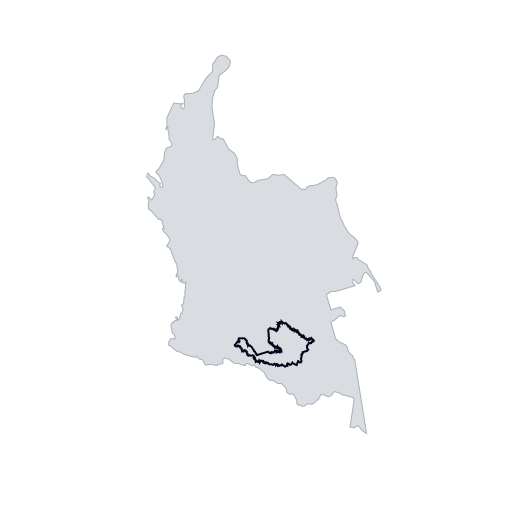 Solano, Caquetá, Colombia (highlighted), rotated 343°
{"feature_id": "7082276B1556586451217", "entity_name": "Solano", "entity_type": "district", "adm_level": 2, "iso_a3": "COL", "parent_name": "Colombia", "parent_adm1": "Caquetá", "projection": "equal_earth", "projection_center": [-73.482, 0.241], "detail": "fine", "context": "in_parent", "style": "outline", "palette": "ink", "viewbox_px": 512, "rotation_deg": 343, "n_neighbors": 0, "source": "geoboundaries", "source_scale": "gbopen_adm2", "svg_char_len": 9759}
<svg xmlns="http://www.w3.org/2000/svg" viewBox="0 0 512 512"><g transform="rotate(343 256 256)"><path d="M285.0,67.7L281.2,69.8L273.6,72.4L268.5,83.7L264.9,85.7L260.6,92.4L257.4,100.7L254.9,117.6L248.5,132.0L249.0,132.6L251.6,132.0L254.0,130.4L254.9,130.9L255.8,133.4L258.7,134.0L261.1,145.7L265.5,151.6L266.0,153.9L266.6,158.7L265.0,161.7L264.6,172.4L266.0,175.0L269.3,176.1L271.5,182.7L272.9,184.3L275.0,185.3L279.9,184.3L288.7,185.4L290.8,185.2L295.8,182.9L302.1,185.7L306.7,186.2L319.4,206.3L320.7,205.7L322.3,206.9L325.5,204.8L328.2,204.5L331.8,205.5L336.6,205.5L346.2,203.4L347.6,202.3L352.9,203.4L354.4,204.9L355.2,208.7L354.6,211.0L352.8,213.3L351.8,216.3L351.6,220.0L350.7,222.7L349.0,224.4L348.3,227.0L348.7,230.3L347.8,245.5L348.6,246.8L349.2,253.0L351.4,261.1L352.4,263.4L354.3,265.3L357.7,272.0L357.0,274.3L348.3,284.7L347.9,287.1L349.5,286.2L352.2,287.1L353.1,289.7L359.6,297.0L359.5,299.7L361.3,305.2L361.0,306.4L365.5,322.0L365.6,325.3L361.9,326.2L361.8,315.8L361.2,313.6L357.0,304.4L356.2,303.6L353.4,304.7L348.7,311.5L346.5,312.6L344.8,311.6L343.0,307.5L341.8,306.8L340.7,310.2L342.2,313.3L321.5,313.2L317.5,312.0L312.0,313.5L311.9,329.3L321.7,329.5L324.4,334.1L324.1,337.7L324.5,339.1L322.2,339.8L318.8,337.3L312.7,340.3L308.3,341.0L308.0,358.5L310.7,362.8L315.9,367.5L316.6,370.6L316.3,373.6L317.5,377.4L319.2,379.4L319.2,381.6L320.1,384.1L309.8,458.1L306.2,453.5L304.9,449.5L303.1,447.8L299.6,449.1L295.9,447.0L307.9,422.0L307.5,419.7L297.5,413.6L296.5,412.0L291.8,408.7L289.2,409.7L287.7,411.3L284.0,411.8L281.1,409.2L277.6,407.4L273.4,411.7L272.2,411.6L269.2,413.4L266.0,414.1L261.9,412.3L258.5,413.6L256.2,413.3L255.3,412.0L252.3,410.5L252.0,408.8L252.8,405.7L251.6,399.6L251.1,398.6L248.8,398.5L246.1,396.3L245.6,394.9L246.2,392.4L245.7,390.3L243.1,385.4L239.5,384.2L236.1,380.1L232.6,378.7L231.0,375.8L229.5,369.2L225.9,364.1L223.4,362.3L222.6,359.9L220.0,359.7L216.5,356.3L214.9,356.1L213.9,357.7L210.6,356.0L207.9,353.5L205.0,352.9L203.1,351.4L199.7,346.7L196.1,344.4L193.9,345.2L193.2,348.7L192.0,349.3L187.8,348.5L187.1,349.2L186.0,349.0L180.8,346.4L175.7,345.5L174.5,339.6L171.2,337.5L170.2,334.7L167.9,335.0L159.2,329.6L155.6,325.9L152.5,323.9L149.3,319.7L148.8,318.0L146.4,315.6L147.6,312.5L150.6,310.1L154.4,311.9L154.9,308.3L153.5,305.1L154.2,297.8L155.2,296.1L157.4,294.7L158.7,295.2L159.5,294.0L162.7,294.6L163.7,294.1L166.1,291.1L167.2,288.8L168.3,289.0L170.8,285.1L170.4,281.2L172.9,280.3L175.4,273.8L176.5,273.7L177.1,270.6L181.6,259.9L180.0,261.2L178.2,260.4L178.5,256.8L178.0,256.4L176.5,259.2L175.3,256.4L175.6,251.8L173.6,252.7L173.7,251.6L176.6,248.2L177.8,240.3L176.9,237.5L176.3,225.7L175.8,223.4L173.4,220.5L177.2,217.2L178.6,214.6L176.9,209.4L174.6,205.0L174.6,202.4L175.9,202.6L176.5,195.3L175.2,192.6L173.6,192.5L168.7,181.7L166.9,179.5L168.3,174.3L169.8,172.0L169.5,168.1L170.5,168.3L172.6,171.9L173.5,171.3L176.9,168.0L177.0,164.8L179.7,161.5L175.9,150.5L174.6,148.8L176.2,145.2L177.1,145.4L178.5,148.9L180.9,151.1L184.4,157.3L185.9,158.6L184.8,160.0L184.5,161.5L185.0,162.3L187.0,162.5L187.8,160.8L187.3,153.3L186.5,149.6L184.7,147.0L185.3,145.8L188.8,144.0L196.2,136.9L198.8,130.2L200.7,127.8L202.9,126.2L205.6,126.6L207.7,125.8L208.4,123.6L207.0,119.0L208.6,112.7L208.5,109.5L209.6,107.6L209.2,106.8L206.5,109.0L209.3,104.6L211.2,97.8L222.0,85.8L229.0,88.7L231.2,88.5L228.3,90.0L227.9,91.7L228.9,93.5L230.0,94.1L230.9,92.9L233.2,85.9L233.6,82.0L234.6,80.7L236.1,80.2L242.9,81.9L249.4,81.3L260.0,71.3L268.0,67.0L269.9,62.9L270.4,59.8L271.9,58.6L273.4,58.6L274.3,56.9L278.0,54.2L281.9,53.9L286.0,56.3L288.0,60.4L288.3,63.2L285.0,67.7ZM162.8,293.3L162.3,293.8L161.4,292.8L161.1,291.6L161.7,290.7L162.4,291.0L162.8,293.3Z" fill="#d9dde1" stroke="#a8b0b8" stroke-width="1"/><path d="M215.5,329.7L215.1,330.2L214.9,331.1L214.9,331.7L215.4,332.6L215.0,333.2L214.6,333.4L214.4,332.3L213.6,332.2L210.2,334.8L209.8,334.8L209.6,335.6L210.2,335.9L210.5,336.6L211.4,337.1L211.7,337.1L212.1,336.7L212.5,336.8L212.8,336.4L213.6,337.3L214.2,337.4L214.4,338.0L214.0,338.8L214.8,339.4L215.3,340.4L214.8,341.2L214.9,342.1L215.4,342.8L215.1,343.2L216.2,343.4L216.8,342.7L217.2,342.6L217.3,343.0L217.1,343.6L218.4,343.3L219.3,344.9L219.3,345.3L218.7,345.8L218.9,346.8L219.4,347.4L218.8,348.0L218.9,348.4L219.7,349.2L220.9,349.0L221.9,349.9L223.6,349.9L224.3,350.4L224.8,351.1L224.9,352.3L224.8,352.8L224.2,352.8L224.4,353.2L224.9,353.1L225.2,353.3L224.9,354.0L224.3,354.1L225.2,355.4L225.1,356.0L224.8,356.3L224.8,356.5L225.3,356.0L225.7,356.1L225.9,356.6L225.6,357.2L227.4,358.1L227.6,357.9L227.4,357.4L227.7,357.2L228.1,358.4L228.5,358.2L228.9,356.8L229.4,357.5L229.0,358.5L229.8,357.9L230.9,357.7L231.5,358.6L232.3,358.6L232.3,358.9L231.9,359.4L231.9,360.0L232.8,360.9L233.0,360.8L233.1,360.2L233.4,360.2L233.8,361.5L234.2,361.5L234.6,360.8L235.0,360.8L235.6,361.9L236.2,361.8L236.4,362.5L236.9,363.4L239.2,364.1L240.3,365.1L241.3,365.0L241.8,364.4L242.2,364.4L242.7,365.2L243.6,365.3L243.3,366.2L244.1,365.8L244.6,366.0L244.8,367.6L245.2,367.6L245.5,366.9L245.9,367.8L246.3,367.9L247.3,367.5L248.3,368.1L249.1,367.4L249.4,368.0L250.3,368.6L250.5,369.2L251.4,370.3L252.9,369.8L253.8,370.2L254.1,368.4L254.8,367.9L255.8,368.7L256.2,369.8L256.6,370.0L257.4,370.1L258.4,369.6L258.7,369.2L259.1,369.1L259.6,368.6L259.8,369.2L260.9,370.1L261.0,370.5L263.0,372.2L265.5,368.8L265.8,368.9L265.8,369.6L266.0,370.0L267.6,370.9L268.8,369.8L269.0,367.1L269.5,366.7L270.0,365.9L270.5,364.7L270.3,364.4L270.4,363.7L270.9,363.3L271.5,363.1L271.7,363.3L272.0,363.0L272.1,362.3L272.4,361.6L272.8,361.5L273.5,361.9L274.5,361.5L276.2,361.8L276.6,361.5L277.0,361.7L277.8,361.2L278.0,360.7L278.4,360.7L277.9,358.8L278.1,358.1L278.6,357.4L278.5,356.7L279.1,356.5L280.5,355.4L280.8,355.1L280.8,354.7L281.3,354.6L282.4,355.3L283.0,355.4L283.1,355.0L284.0,354.9L284.5,354.3L285.3,354.6L286.3,354.2L286.6,353.6L286.4,353.4L285.9,353.4L286.0,352.7L285.3,352.3L285.4,351.8L285.2,351.3L285.0,351.7L284.6,351.6L284.5,350.9L284.0,350.6L283.8,351.4L283.1,351.7L282.7,351.4L283.0,350.8L282.7,350.6L282.2,351.8L281.5,352.1L281.4,351.9L281.7,351.4L281.6,351.1L281.3,350.8L280.6,351.0L281.1,349.8L280.3,350.6L279.7,350.6L280.1,350.4L279.9,349.8L279.6,350.0L278.6,349.3L278.1,348.2L278.6,347.8L278.5,347.3L278.1,347.6L277.9,348.1L277.6,347.8L277.6,347.0L277.0,346.9L277.4,346.1L277.0,346.2L276.5,346.0L276.7,346.4L276.3,346.8L275.8,346.6L276.3,345.2L275.9,345.0L275.7,344.0L275.2,343.7L275.1,344.2L274.9,344.3L274.6,344.1L274.9,343.6L274.4,343.2L274.7,342.5L274.3,341.2L274.0,341.9L273.8,341.6L273.3,341.4L273.3,340.7L272.9,340.6L273.5,339.7L273.3,339.7L273.2,339.1L272.9,339.2L272.7,338.9L271.6,339.1L271.9,338.7L271.9,338.2L271.7,337.9L271.2,337.9L270.9,337.1L270.6,337.6L270.2,337.2L270.2,337.7L269.7,337.4L269.5,338.0L269.2,337.9L269.0,337.6L269.2,336.9L268.7,335.9L268.3,335.8L268.4,336.3L268.3,336.5L267.6,335.4L268.0,335.2L267.7,334.6L268.0,334.1L267.9,333.7L267.3,333.8L267.4,334.3L267.2,334.6L267.0,333.9L267.2,333.7L266.9,333.1L267.0,332.5L266.8,332.3L266.4,332.8L266.1,332.7L266.4,331.7L265.9,331.5L265.7,331.1L265.9,330.7L265.5,330.2L264.9,328.8L263.9,329.1L262.5,327.7L261.9,327.4L261.4,326.3L261.2,327.1L261.1,326.8L260.6,326.8L260.5,326.3L260.1,326.2L260.1,327.1L259.8,327.1L259.6,327.6L259.1,327.2L259.2,326.3L258.3,326.4L258.4,326.7L258.2,327.1L257.6,326.7L257.8,327.3L257.5,327.2L257.4,327.5L257.8,328.2L257.2,328.4L257.5,328.7L257.2,329.1L257.6,329.0L257.7,329.7L257.4,329.5L257.5,329.7L257.4,329.9L257.5,330.2L256.8,330.5L256.3,330.4L256.2,331.2L255.9,331.2L255.8,331.7L255.4,331.7L255.4,331.9L255.2,331.9L255.3,332.5L255.2,332.6L255.3,332.4L255.0,332.4L255.1,332.6L254.9,332.9L254.6,332.7L254.4,333.1L254.2,332.9L253.7,333.3L253.7,333.0L253.2,332.9L253.1,332.6L252.7,332.8L252.3,332.4L252.5,332.4L252.5,332.1L252.1,332.2L251.8,331.5L251.7,331.6L252.0,331.2L251.8,330.7L251.4,330.6L251.2,330.8L250.6,330.2L250.8,330.0L249.8,330.5L249.5,330.4L249.1,329.7L248.4,329.5L248.3,329.1L246.7,329.7L245.9,330.8L245.6,332.9L245.4,333.3L245.4,334.5L244.9,335.4L244.8,336.0L244.6,336.3L244.7,338.3L243.6,339.7L243.5,340.6L243.3,340.8L243.3,341.3L243.0,342.0L243.4,342.4L243.5,343.0L244.0,342.7L244.3,343.0L244.2,343.3L244.4,343.1L244.6,343.2L244.4,343.8L244.8,343.9L244.7,343.5L244.8,343.3L245.1,343.7L245.0,344.1L245.4,344.1L245.1,344.4L245.4,344.6L245.2,344.8L245.5,345.1L245.6,344.8L245.7,345.0L245.3,345.5L245.7,345.7L246.0,345.6L246.1,347.1L246.4,347.2L246.7,346.8L247.0,347.3L246.9,348.2L247.1,348.4L247.1,348.0L247.3,348.3L247.3,348.9L247.7,348.6L248.0,348.9L248.1,348.6L248.3,348.9L248.6,348.7L248.7,349.0L249.0,349.0L249.0,349.4L248.7,349.6L249.0,349.9L249.3,349.8L249.4,349.4L249.7,349.7L249.9,349.4L249.9,349.8L250.2,349.6L250.2,350.0L249.8,350.2L250.2,350.2L250.2,350.7L250.5,350.6L250.5,351.0L250.7,350.6L250.9,351.2L251.4,351.2L251.3,351.7L251.9,351.1L252.0,351.3L251.7,351.7L252.1,351.5L252.3,351.6L252.5,351.9L252.2,352.8L252.6,353.2L252.5,354.1L252.1,353.6L252.0,353.9L251.8,353.6L251.5,353.6L251.5,353.8L251.2,353.8L251.1,354.2L250.6,353.6L250.3,354.1L249.9,353.9L249.9,354.5L249.3,353.9L249.3,354.3L248.6,353.8L248.0,354.0L248.1,353.8L248.0,353.7L248.0,353.4L247.5,353.5L247.6,352.7L246.9,352.9L246.7,352.3L246.3,352.5L246.2,352.3L245.2,353.3L244.5,353.2L244.1,353.5L243.5,353.3L243.2,352.6L242.6,353.0L242.5,352.5L242.3,352.5L241.9,353.2L241.4,353.2L240.0,352.0L239.9,351.2L239.6,351.0L227.8,351.0L227.5,350.1L227.7,349.7L227.3,349.0L227.4,348.7L227.2,348.3L227.0,347.0L226.3,346.5L226.4,345.4L225.7,343.8L225.5,342.3L224.2,339.9L223.5,340.0L223.2,339.4L223.0,339.6L222.7,339.3L222.5,338.7L222.3,338.9L222.4,338.4L222.0,338.1L222.2,337.7L222.0,337.3L222.3,337.1L221.9,336.8L221.7,335.8L222.2,335.3L222.4,334.2L221.4,332.9L221.5,332.4L221.1,332.2L220.8,331.3L215.5,329.7Z" fill="none" stroke="#020617" stroke-width="2"/></g></svg>